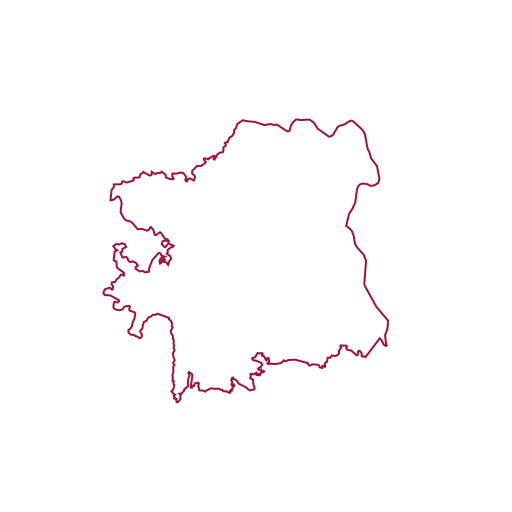 map outline of Rajasthan (Robinson projection), rotated 123°
{"feature_id": "IND-3250", "entity_name": "Rajasthan", "entity_type": "State", "adm_level": 1, "iso_a3": "IND", "parent_name": "India", "parent_adm1": "", "projection": "robinson", "projection_center": [75.292, 26.62], "detail": "fine", "context": "isolated", "style": "outline", "palette": "rose", "viewbox_px": 512, "rotation_deg": 123, "n_neighbors": 0, "source": "natural_earth", "source_scale": "10m", "svg_char_len": 6156}
<svg xmlns="http://www.w3.org/2000/svg" viewBox="0 0 512 512"><g transform="rotate(123 256 256)"><path d="M163.6,200.9L169.7,200.9L181.6,196.8L182.3,190.8L182.9,189.1L185.9,185.0L192.1,179.4L193.9,175.4L196.2,166.6L199.9,161.2L220.5,149.9L221.6,148.8L233.1,127.2L238.3,110.0L245.3,106.2L252.1,104.6L259.8,98.4L259.9,97.7L260.8,98.1L260.8,100.5L258.1,105.2L257.7,107.4L281.2,109.1L281.1,110.5L282.3,111.7L282.4,112.9L279.9,114.5L279.1,117.2L279.4,118.0L280.5,118.4L283.7,116.9L284.5,117.6L283.4,124.9L284.8,127.5L284.7,129.4L284.1,130.3L282.5,130.3L282.0,131.4L284.8,136.2L285.7,136.2L286.4,134.7L290.3,134.8L293.0,133.1L296.5,134.7L298.2,138.3L300.9,138.3L302.3,140.5L306.1,138.8L307.3,139.7L308.7,139.6L311.1,137.7L311.7,138.1L311.4,139.7L312.0,140.5L313.9,139.5L314.7,142.0L313.4,143.4L314.1,146.2L316.3,149.8L318.8,151.4L318.7,152.8L317.6,154.1L321.6,166.7L325.6,172.1L328.4,174.3L328.4,176.0L330.1,176.0L332.6,177.2L335.3,179.9L340.0,187.4L339.7,188.1L338.1,186.8L334.7,189.9L336.1,191.3L337.2,190.3L338.0,190.6L335.7,195.0L336.4,196.4L335.7,197.1L334.5,197.0L334.2,197.8L334.4,198.7L335.9,200.0L336.5,201.8L341.5,201.6L343.7,203.6L344.8,202.7L344.5,200.1L343.7,199.1L342.9,193.1L343.5,191.8L346.5,191.5L348.4,192.9L349.5,192.8L349.9,191.3L348.4,189.9L349.7,188.9L348.2,187.3L348.3,186.3L349.7,186.7L350.8,188.2L354.0,187.9L355.1,189.9L353.5,189.7L354.9,191.3L353.7,192.2L356.6,193.4L357.2,195.7L358.0,196.3L359.2,195.0L361.7,194.3L361.3,191.3L365.4,188.0L367.2,185.4L368.9,184.8L372.1,188.1L372.3,189.1L371.6,192.8L372.5,201.0L371.4,203.2L370.9,206.4L371.6,208.0L370.5,209.0L371.3,209.6L373.6,209.2L374.8,207.0L377.3,206.5L377.5,205.9L375.8,204.7L376.6,203.4L379.0,204.2L380.6,203.1L381.7,204.0L382.4,203.1L383.3,204.2L384.1,203.3L385.2,203.5L385.7,207.3L387.2,209.6L386.6,211.8L387.5,212.8L387.5,214.9L390.3,218.9L391.4,221.7L395.9,224.4L397.4,224.7L397.7,226.9L399.5,230.3L398.9,231.4L397.5,232.1L397.0,233.4L394.1,234.4L393.6,235.3L394.8,236.1L395.5,237.5L398.1,237.9L399.0,237.2L400.2,238.9L401.4,238.1L401.9,239.1L390.8,244.3L389.9,245.6L389.8,249.0L391.1,248.9L392.6,246.4L394.1,246.6L399.0,244.4L402.0,242.1L407.0,243.5L408.0,243.0L411.6,243.4L413.2,245.1L413.4,243.4L415.0,243.1L416.6,241.5L418.9,241.5L421.2,242.1L421.8,242.9L420.4,244.4L419.2,244.8L420.1,247.0L418.9,247.1L418.8,248.4L418.3,248.8L416.4,248.3L416.4,250.6L415.6,253.2L413.1,252.7L408.9,254.1L408.1,255.8L405.8,256.7L406.2,258.0L403.0,259.7L401.9,261.0L398.2,262.1L394.3,265.0L391.6,265.1L391.2,266.9L390.6,267.3L387.6,267.4L385.8,270.1L382.8,272.7L379.6,272.9L378.7,273.6L378.0,275.2L375.6,275.8L374.6,277.4L371.4,279.0L370.7,280.6L367.9,282.6L367.2,284.9L365.1,286.8L361.3,286.9L360.6,288.5L357.8,290.1L356.7,292.2L356.5,294.7L355.3,295.2L358.0,307.2L360.0,308.2L361.4,310.5L363.9,311.1L366.2,312.8L370.1,312.6L372.1,314.0L375.1,313.5L378.7,311.8L381.9,312.4L382.9,311.4L384.0,308.9L385.7,308.0L387.4,308.0L388.6,309.4L388.0,311.3L388.9,313.2L388.6,315.2L390.2,318.2L389.6,321.2L387.6,322.7L385.2,321.8L382.7,321.8L378.4,323.4L375.1,323.7L370.1,325.8L369.3,327.0L370.6,332.4L369.7,333.4L367.2,334.1L366.9,335.2L369.4,338.2L370.5,338.9L373.5,338.9L375.7,340.8L376.9,343.0L377.5,346.2L376.5,347.9L372.2,349.8L371.3,349.6L370.4,346.7L368.6,346.2L367.8,346.7L368.4,356.8L371.2,361.6L370.0,364.0L366.3,364.6L362.6,361.8L362.0,361.1L362.8,358.7L362.3,358.0L359.3,359.2L358.2,361.9L356.6,362.5L354.5,360.0L351.7,360.2L348.8,359.2L345.3,359.2L344.4,358.0L344.4,356.2L343.8,356.2L341.9,357.9L341.6,365.8L340.3,367.4L336.6,370.1L337.3,371.8L336.7,373.3L329.3,376.9L326.9,375.4L326.8,377.9L325.5,381.0L321.9,379.7L321.1,377.2L318.2,375.2L317.6,372.2L319.3,369.8L322.8,371.9L325.2,370.6L326.9,371.7L329.8,367.4L329.8,366.4L328.2,365.5L327.5,364.1L328.0,362.4L329.4,360.6L329.7,358.8L329.4,357.8L327.7,356.6L327.1,353.0L328.3,349.9L331.0,350.9L332.4,349.6L332.2,345.2L330.1,342.4L330.1,340.0L327.5,337.3L323.8,339.1L316.2,340.7L306.5,339.4L305.8,337.5L307.2,335.4L306.3,332.3L308.6,334.1L310.5,334.6L312.7,334.3L314.6,332.4L313.9,331.8L310.5,332.5L308.5,331.5L308.7,330.3L310.8,330.8L311.3,330.4L310.2,327.7L311.3,324.9L308.1,325.8L304.2,325.8L302.7,328.5L302.8,332.1L301.0,332.0L299.0,333.5L295.4,332.1L293.9,330.8L292.2,330.7L293.0,333.8L292.8,336.4L297.9,336.8L298.4,337.4L297.5,341.5L294.7,342.3L293.8,342.0L292.0,339.6L291.5,337.5L290.9,337.2L290.4,339.4L291.0,342.2L288.2,348.6L288.5,349.6L292.8,351.1L293.4,352.5L290.3,355.9L288.9,359.9L289.5,360.3L292.5,360.2L294.2,361.3L295.4,366.5L298.0,369.9L295.5,378.1L295.6,380.9L296.8,384.0L296.7,386.4L293.6,392.6L292.4,393.8L285.1,397.3L282.8,399.6L280.9,403.1L281.5,404.8L286.1,405.9L288.5,408.4L279.2,413.1L275.8,412.7L273.4,414.3L269.9,409.0L268.4,408.0L266.6,408.9L265.7,408.3L264.8,404.4L259.5,400.0L258.7,399.9L257.7,401.1L256.7,400.9L253.6,396.5L250.1,397.5L248.4,396.4L246.9,396.5L246.5,389.3L245.7,388.2L244.6,387.8L242.2,389.3L242.2,384.9L240.2,384.1L238.7,381.5L236.7,381.1L237.1,376.1L239.2,374.3L238.2,369.8L236.6,367.1L236.0,367.2L234.7,369.7L232.4,371.0L230.3,367.6L227.0,364.7L226.1,362.2L227.2,358.8L228.4,356.9L230.5,356.9L231.4,355.4L230.9,354.4L229.5,355.0L226.9,353.8L226.6,349.3L223.0,350.1L222.2,351.2L221.5,354.7L219.3,355.8L212.4,354.5L210.6,351.3L205.9,349.2L204.5,349.3L203.5,352.3L202.5,352.7L201.2,350.4L200.9,348.6L198.7,348.5L198.1,347.3L196.2,346.9L194.7,345.5L194.9,344.9L197.7,344.4L197.7,343.3L191.8,343.7L189.0,342.7L187.2,340.4L184.7,341.0L182.8,342.6L179.8,341.5L178.9,342.1L178.4,343.6L177.1,343.3L176.2,341.8L171.4,342.7L168.0,341.3L164.3,341.6L162.2,343.0L159.5,342.5L155.7,343.6L149.4,341.1L147.4,336.0L144.1,329.9L141.7,320.3L137.4,315.7L136.5,312.7L134.4,310.0L134.5,297.8L133.7,296.6L132.2,296.2L127.8,297.7L123.4,297.8L119.8,296.8L118.7,295.3L117.9,292.8L113.1,286.5L112.4,284.3L112.8,279.7L115.6,273.8L116.2,260.0L115.1,258.5L112.4,257.4L103.3,257.8L101.7,257.1L97.4,253.5L91.6,250.9L90.4,249.5L90.2,247.7L91.9,237.0L93.0,233.7L94.6,230.9L105.0,221.1L107.3,217.3L111.4,212.7L114.8,203.4L123.9,194.6L128.2,193.3L132.1,195.1L134.8,198.1L135.1,201.5L136.2,204.3L137.6,206.5L139.6,207.9L142.2,208.2L145.3,207.5L157.1,201.9L163.6,200.9Z" fill="none" stroke="#9f1239" stroke-width="2"/></g></svg>